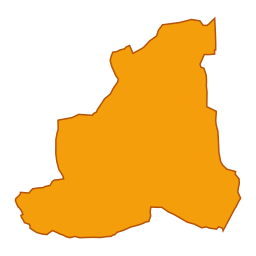 outline of Ankpa, Kogi, Nigeria
{"feature_id": "59680162B11863934245151", "entity_name": "Ankpa", "entity_type": "district", "adm_level": 2, "iso_a3": "NGA", "parent_name": "Nigeria", "parent_adm1": "Kogi", "projection": "albers", "projection_center": [7.59, 7.498], "detail": "fine", "context": "isolated", "style": "filled", "palette": "amber", "viewbox_px": 256, "rotation_deg": 0, "n_neighbors": 0, "source": "geoboundaries", "source_scale": "gbopen_adm2", "svg_char_len": 2026}
<svg xmlns="http://www.w3.org/2000/svg" viewBox="0 0 256 256"><path d="M58.0,120.2L58.2,129.4L57.1,132.8L55.9,139.6L55.9,146.5L55.8,153.5L56.8,161.4L58.9,169.6L61.3,173.1L63.0,176.3L63.6,178.9L60.6,179.3L58.1,179.8L54.6,180.0L52.2,181.5L50.1,185.5L45.1,186.5L43.2,187.6L38.5,187.9L32.5,188.8L29.0,193.0L20.4,192.4L20.4,193.4L20.2,194.3L18.4,196.2L15.9,198.4L15.4,200.1L16.3,203.2L17.4,205.3L17.9,206.7L19.5,208.0L21.6,211.2L22.9,214.5L20.9,215.3L21.4,217.3L22.4,218.6L24.6,222.7L29.5,224.4L30.1,226.8L30.0,228.2L36.5,232.4L41.9,234.0L46.9,234.6L49.3,232.7L52.5,230.6L56.5,232.3L60.2,234.1L63.5,235.2L65.9,236.6L70.1,237.7L74.8,236.4L79.7,237.7L85.2,237.5L92.9,237.3L100.5,237.5L106.8,236.6L111.0,236.4L112.6,235.2L114.6,234.8L117.2,232.3L123.7,230.2L130.5,227.1L134.4,226.1L138.8,224.9L142.8,223.5L146.0,221.9L148.8,221.5L150.7,215.9L150.1,211.8L150.9,207.0L156.8,207.3L161.8,207.3L168.3,211.9L173.5,214.2L176.5,215.9L187.4,222.2L194.5,224.2L201.7,227.8L206.2,226.9L209.7,228.2L214.5,228.8L216.5,229.2L218.8,226.7L222.5,228.3L223.1,230.7L223.9,229.1L224.5,228.0L234.1,209.9L236.1,206.6L237.1,204.6L238.4,201.9L240.6,198.1L237.8,192.0L238.5,187.1L239.3,183.7L239.0,178.8L235.2,174.3L235.6,171.6L226.9,169.2L222.8,165.3L220.7,161.8L219.7,156.6L218.9,152.5L218.3,138.3L217.8,131.1L216.1,124.6L215.7,120.4L216.1,114.8L216.3,111.3L206.8,106.7L207.0,92.0L206.4,86.3L206.5,82.6L206.5,79.2L206.2,75.2L203.9,68.2L201.0,67.3L200.0,64.2L204.3,54.5L208.7,54.6L214.6,54.1L214.6,49.9L215.7,49.9L215.7,42.8L215.4,33.2L214.7,18.3L211.6,21.2L209.3,23.7L206.8,25.5L202.9,25.2L200.0,20.9L191.5,19.5L179.8,22.5L162.5,24.8L158.4,30.3L156.6,36.0L150.0,40.6L143.5,47.5L140.8,49.1L133.0,53.4L129.6,45.5L126.1,47.0L124.6,48.8L120.1,49.9L116.8,51.6L112.8,52.2L111.5,55.5L110.6,58.6L110.2,60.7L111.8,66.6L116.1,76.3L118.2,78.8L117.9,81.5L115.5,85.1L113.3,88.3L110.6,93.5L109.9,94.4L105.1,98.4L104.5,98.9L101.0,104.3L97.4,109.6L96.4,112.1L93.6,113.5L92.2,115.3L78.7,114.4L72.1,117.6L58.0,120.2Z" fill="#f59e0b" stroke="#b45309" stroke-width="1.5"/></svg>